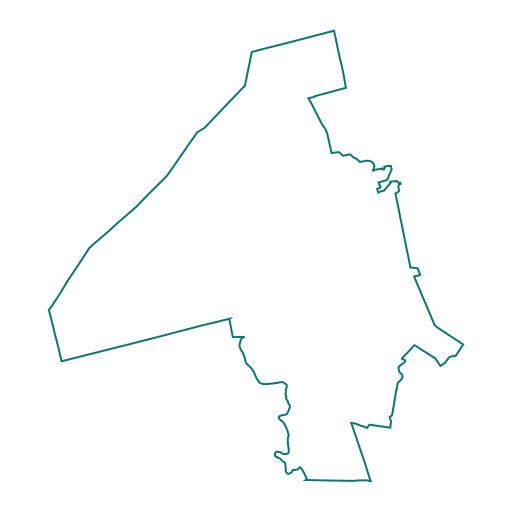 outline of Becicherecu Mic, Timis, Romania
{"feature_id": "2599482B19293630828144", "entity_name": "Becicherecu Mic", "entity_type": "district", "adm_level": 2, "iso_a3": "ROU", "parent_name": "Romania", "parent_adm1": "Timis", "projection": "albers", "projection_center": [21.043, 45.839], "detail": "fine", "context": "isolated", "style": "outline", "palette": "teal", "viewbox_px": 512, "rotation_deg": 0, "n_neighbors": 0, "source": "geoboundaries", "source_scale": "gbopen_adm2", "svg_char_len": 6027}
<svg xmlns="http://www.w3.org/2000/svg" viewBox="0 0 512 512"><path d="M369.7,481.3L370.7,481.2L369.5,477.7L364.2,460.9L361.9,454.3L351.3,423.0L355.2,423.5L361.1,425.9L362.9,426.2L363.5,426.5L367.0,427.9L369.5,424.7L390.3,427.7L391.0,421.4L390.7,420.4L390.3,418.9L389.7,417.6L389.7,417.2L389.9,416.7L390.2,416.6L391.2,416.1L391.6,415.8L391.9,415.3L392.2,414.6L392.7,411.6L394.6,400.4L395.6,394.3L396.3,389.9L396.6,389.9L397.5,384.3L397.7,383.4L397.8,383.1L398.4,382.3L399.3,381.4L400.2,380.6L401.3,379.5L402.0,378.3L402.3,377.6L402.4,377.1L402.5,376.6L402.4,376.1L402.3,375.5L402.0,374.8L401.8,374.4L401.2,373.7L400.0,372.7L399.5,372.0L399.3,371.5L398.9,370.6L398.6,368.9L398.6,368.0L398.6,367.2L398.8,366.6L399.1,366.3L404.0,362.8L405.2,361.1L405.3,360.8L405.0,360.3L404.6,359.9L404.0,359.7L403.2,359.4L402.4,359.1L402.1,358.9L402.0,358.6L402.0,358.3L407.0,353.2L414.2,345.3L415.2,345.6L416.3,346.2L422.2,350.2L424.8,351.7L435.3,358.4L440.4,365.9L444.7,363.1L448.6,358.1L449.0,357.6L449.5,357.1L450.0,356.7L455.7,355.8L463.2,344.5L438.3,328.1L437.2,327.3L434.6,325.0L429.9,313.9L425.1,302.5L423.9,299.8L414.1,276.6L414.4,276.4L419.7,275.3L419.9,275.1L420.1,274.9L418.3,269.8L417.7,268.4L410.4,267.4L408.5,257.7L406.2,246.6L402.2,226.8L401.1,221.6L400.1,216.7L398.2,206.7L397.2,202.0L395.4,193.5L396.9,192.7L397.7,192.2L398.6,191.4L398.9,190.9L399.1,190.4L399.0,189.9L398.8,189.4L398.5,187.6L398.4,186.6L398.7,185.3L398.9,184.4L399.0,184.2L400.6,184.0L400.5,182.8L398.6,182.7L398.3,182.3L397.8,182.1L397.2,181.9L396.8,181.5L396.6,181.0L390.5,181.7L390.2,181.9L390.9,182.4L389.0,184.8L386.7,187.3L384.1,190.6L381.0,191.3L380.6,191.5L378.4,192.3L378.2,192.5L377.1,188.8L377.3,188.6L379.7,188.0L380.1,187.9L380.3,187.7L380.4,187.1L380.5,186.6L380.4,185.9L380.2,185.7L379.8,185.5L379.5,185.2L378.6,182.5L387.1,180.0L391.6,169.5L390.9,166.0L389.0,165.9L384.4,166.7L384.3,169.2L382.6,169.5L382.1,168.5L374.5,169.9L374.0,170.2L373.8,170.6L372.9,170.5L374.4,166.4L374.4,166.1L373.5,163.6L372.7,162.7L371.4,161.7L369.5,160.9L366.7,160.7L364.3,161.2L362.3,161.4L359.9,162.0L357.3,159.6L357.0,159.2L356.7,158.9L356.0,158.5L354.8,158.2L354.2,157.9L353.6,157.5L353.1,156.9L349.7,154.3L343.2,155.8L339.0,152.2L338.5,152.1L331.6,153.1L330.8,149.5L327.4,134.3L326.0,130.1L321.6,123.5L316.2,113.0L313.3,107.2L310.5,101.8L308.4,98.2L309.0,98.1L314.5,96.9L314.8,96.2L346.0,87.8L344.9,82.4L344.7,81.0L344.1,77.6L342.9,71.1L341.4,64.3L340.7,61.5L340.1,59.4L338.1,50.2L335.2,36.0L334.6,33.6L334.1,30.7L284.2,43.7L259.8,49.8L251.7,52.1L250.9,56.4L246.3,78.9L244.8,86.1L243.7,87.0L242.9,87.7L222.1,109.4L204.8,127.7L197.1,132.5L189.2,143.7L173.5,166.5L168.0,174.3L166.2,176.6L148.3,194.4L142.4,200.4L136.4,206.7L130.1,212.1L116.8,223.7L110.4,229.6L105.7,233.7L94.7,243.1L89.2,248.2L78.4,264.8L67.4,281.2L61.8,290.6L59.9,293.6L57.5,297.4L53.7,303.1L53.7,303.4L48.8,310.0L50.1,314.6L51.4,319.9L53.6,328.2L53.7,329.4L57.5,344.1L61.6,361.3L112.7,348.4L123.2,345.8L159.3,336.6L171.9,333.3L201.8,325.5L229.9,318.7L229.6,319.0L229.4,319.5L232.8,337.1L244.6,336.9L242.9,337.6L242.1,338.1L241.6,338.6L240.9,339.9L240.3,341.2L240.2,342.3L240.1,342.6L239.6,344.3L239.4,345.5L239.6,346.5L240.4,348.8L241.0,350.0L241.4,350.7L241.7,351.0L242.5,352.0L243.1,353.0L243.3,353.6L243.6,355.3L244.7,357.6L245.1,359.3L245.3,360.8L245.6,361.7L246.0,362.7L246.6,363.7L247.1,364.3L247.6,364.8L248.1,365.1L249.6,366.4L250.2,367.2L251.0,367.9L251.8,369.0L252.6,370.2L253.3,371.1L253.8,371.8L254.0,372.3L254.5,373.6L255.9,376.8L256.5,378.2L257.0,379.1L258.3,380.7L258.9,381.7L259.0,382.0L259.4,382.5L259.6,382.6L260.8,383.3L261.6,383.6L262.1,383.7L262.6,383.9L264.6,384.1L266.8,384.1L268.1,383.9L269.1,383.9L269.3,383.9L269.8,383.7L271.2,383.6L273.6,383.4L274.5,383.2L276.9,383.0L279.3,382.4L282.1,382.1L282.6,382.2L283.4,382.4L284.7,383.5L285.3,383.9L286.4,384.5L286.5,384.7L286.7,385.0L286.8,385.7L286.8,386.3L286.8,386.7L286.3,388.2L286.1,389.2L286.1,389.6L285.9,390.6L285.9,391.1L285.8,391.5L285.8,392.2L285.8,392.6L285.6,393.1L285.5,393.7L285.6,394.4L285.8,394.9L285.8,395.4L285.9,395.8L286.1,396.0L286.4,396.8L286.4,397.2L286.1,398.1L286.2,398.9L286.3,399.2L287.2,400.2L287.5,400.8L287.7,401.2L287.8,401.8L288.0,402.3L288.1,402.7L288.2,402.9L288.3,403.2L288.7,403.6L289.2,404.5L289.3,404.6L289.7,405.2L289.7,405.5L289.9,405.9L289.9,406.2L289.8,406.8L289.6,407.8L288.3,411.4L287.8,412.4L287.1,413.5L286.7,414.0L286.1,414.5L285.3,414.7L282.8,415.1L280.6,415.7L279.8,416.0L279.4,416.3L278.9,416.9L278.6,417.3L278.6,417.6L278.8,418.0L279.2,418.7L279.9,419.5L280.9,420.4L281.7,421.0L282.4,421.5L283.5,422.6L284.0,423.5L284.4,424.1L285.1,425.6L285.8,427.1L286.2,427.7L286.7,428.7L286.9,429.4L287.4,430.5L287.6,431.2L288.1,433.0L288.3,433.8L288.7,435.2L288.7,435.3L288.7,435.6L288.4,436.2L288.0,437.4L287.8,439.4L287.9,441.5L287.8,442.2L288.0,444.6L288.2,445.7L288.3,446.6L288.4,446.8L288.8,449.9L288.7,451.2L288.7,452.3L288.6,452.7L288.4,453.1L288.2,453.3L286.6,453.9L286.0,454.0L284.5,454.0L283.8,454.0L282.6,453.8L282.3,453.6L282.0,453.4L280.6,452.3L280.1,452.2L278.3,452.0L278.1,451.9L277.8,451.7L277.4,451.5L276.8,451.7L276.3,451.9L275.9,452.2L275.3,452.8L275.1,453.3L274.8,454.2L275.0,455.2L275.4,456.2L275.7,456.6L276.2,456.8L277.0,456.9L278.0,457.7L279.0,458.1L280.1,458.6L280.6,459.1L281.6,460.2L282.1,460.8L282.5,461.1L284.8,462.6L285.1,462.9L285.2,463.1L285.2,463.3L285.1,464.0L285.2,464.3L285.3,465.0L285.7,466.7L285.7,467.3L285.7,469.9L285.8,471.3L286.3,472.4L286.6,472.8L287.0,473.2L287.7,473.7L288.2,473.9L288.4,473.9L290.0,473.3L290.8,472.9L291.6,472.2L292.1,471.5L292.5,470.5L292.7,470.2L292.9,470.1L293.4,470.0L293.7,470.1L294.2,470.1L296.0,469.7L297.4,469.5L297.7,469.4L298.0,469.2L298.8,468.2L299.3,467.6L299.6,467.4L300.1,467.4L300.3,467.5L300.9,468.1L301.6,469.1L302.7,470.5L302.9,470.8L303.1,471.3L303.5,472.0L306.3,477.7L306.5,478.4L306.6,478.9L306.4,479.3L306.1,479.8L305.8,480.0L319.2,480.3L329.8,480.5L353.6,480.9L357.0,480.6L360.2,480.4L362.6,480.4L363.7,480.3L367.4,480.4L368.7,480.7L369.7,481.3Z" fill="none" stroke="#0f766e" stroke-width="2"/></svg>